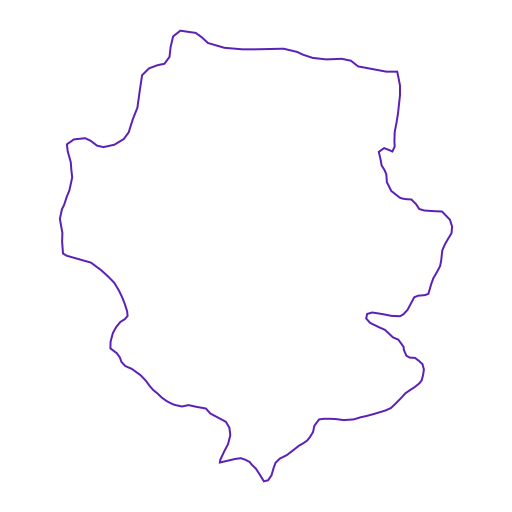 outline of Kanowit, Sarawak, Malaysia
{"feature_id": "92858781B72543714708514", "entity_name": "Kanowit", "entity_type": "district", "adm_level": 2, "iso_a3": "MYS", "parent_name": "Malaysia", "parent_adm1": "Sarawak", "projection": "robinson", "projection_center": [112.256, 1.947], "detail": "fine", "context": "isolated", "style": "outline", "palette": "violet", "viewbox_px": 512, "rotation_deg": 0, "n_neighbors": 0, "source": "geoboundaries", "source_scale": "gbopen_adm2", "svg_char_len": 2513}
<svg xmlns="http://www.w3.org/2000/svg" viewBox="0 0 512 512"><path d="M219.9,462.5L235.5,458.9L240.8,458.2L245.5,459.8L249.7,462.0L251.7,464.6L255.9,468.7L259.2,473.7L263.9,481.3L268.1,480.3L271.5,475.3L273.7,467.7L275.6,462.7L279.8,458.6L286.8,455.1L293.5,450.0L299.1,445.6L303.5,443.1L307.1,440.6L309.9,437.1L313.0,432.1L314.4,425.7L319.1,419.4L323.9,418.8L330.3,418.8L336.1,419.1L343.7,420.1L353.7,419.4L360.9,417.2L366.5,416.0L373.5,414.1L378.8,412.5L385.2,410.6L390.8,408.1L395.5,403.7L401.4,397.7L405.5,393.2L410.0,390.1L412.0,388.8L414.5,387.2L419.2,383.5L421.7,380.3L423.1,374.9L423.9,369.6L422.5,364.2L419.2,361.1L415.0,357.9L409.7,357.6L406.4,355.7L403.9,350.0L403.6,346.9L398.3,339.6L393.0,337.4L384.9,329.8L379.1,327.3L370.1,322.9L366.2,318.5L367.1,314.0L372.1,312.5L378.2,313.4L384.1,314.4L391.6,315.9L400.0,316.2L403.3,314.4L407.5,309.9L409.7,305.8L414.2,297.3L418.1,295.7L425.0,295.1L428.4,293.8L431.2,284.1L433.4,278.1L437.3,271.4L440.1,266.1L441.2,260.4L442.3,250.3L445.1,244.0L448.2,238.6L451.5,233.3L452.1,226.6L449.9,219.7L442.0,211.5L434.5,211.2L424.2,210.5L419.2,209.0L416.1,204.2L411.4,199.5L406.9,199.2L406.4,199.2L402.5,198.6L399.7,197.6L396.9,195.4L391.3,191.0L386.9,182.2L386.3,174.3L384.6,170.2L381.6,165.4L380.7,160.1L378.8,151.9L384.1,148.1L388.3,149.7L392.4,151.5L394.7,146.5L394.4,141.5L394.7,132.0L396.6,122.2L398.0,113.4L400.0,95.1L400.0,85.6L398.3,76.8L397.2,71.7L386.6,71.7L358.1,66.4L350.9,60.7L341.7,58.8L326.4,59.4L312.7,57.9L303.0,54.7L297.1,51.9L283.5,48.7L256.4,49.3L242.2,49.3L224.4,47.8L207.9,43.0L201.8,37.3L195.7,32.9L180.3,30.7L179.2,31.6L173.1,36.4L170.6,47.1L169.5,56.9L164.4,63.8L157.8,65.1L149.1,68.3L142.1,75.2L139.9,89.7L137.4,107.7L132.9,119.0L128.7,132.3L123.8,139.0L114.4,144.7L103.5,147.1L97.1,145.7L90.7,140.8L85.1,138.2L73.9,139.4L66.9,144.3L67.7,151.2L70.8,162.3L71.3,169.5L72.2,177.4L69.4,190.4L66.9,196.4L64.1,204.9L61.9,209.3L59.9,218.8L61.0,225.4L62.4,232.9L62.1,241.5L63.0,253.5L66.6,255.7L77.5,258.8L90.9,262.6L101.2,270.2L108.4,276.8L114.3,282.8L119.0,290.7L122.3,297.6L124.9,304.3L127.1,311.2L127.6,315.9L124.9,319.1L120.4,321.9L116.2,327.0L112.9,333.0L110.6,341.5L110.4,348.4L116.8,353.2L119.8,357.3L121.5,362.0L125.4,366.1L131.8,368.9L140.7,375.3L146.0,380.9L149.7,386.0L153.3,390.1L157.2,393.2L161.9,397.7L166.7,401.1L171.7,403.7L174.7,404.9L182.0,406.5L188.5,405.1L197.2,407.0L205.9,408.5L210.3,413.5L225.9,421.8L229.4,427.8L230.3,435.1L228.1,444.0L224.2,451.4L220.3,459.8L219.9,462.5Z" fill="none" stroke="#5b21b6" stroke-width="2"/></svg>